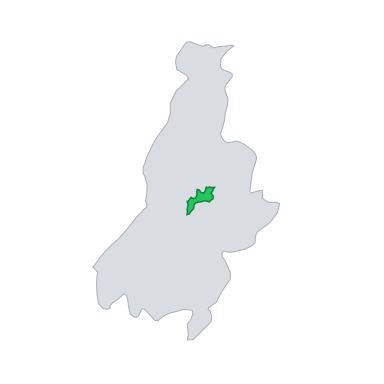 location of Litija within Slovenia, rotated 302°
{"feature_id": "SVN-961", "entity_name": "Litija", "entity_type": "Municipality", "adm_level": 1, "iso_a3": "SVN", "parent_name": "Slovenia", "parent_adm1": "", "projection": "natural_earth1", "projection_center": [14.944, 46.051], "detail": "fine", "context": "in_parent", "style": "filled", "palette": "green", "viewbox_px": 384, "rotation_deg": 302, "n_neighbors": 0, "source": "natural_earth", "source_scale": "10m", "svg_char_len": 2630}
<svg xmlns="http://www.w3.org/2000/svg" viewBox="0 0 384 384"><g transform="rotate(302 192 192)"><path d="M338.1,150.0L329.9,147.1L320.0,145.9L318.1,147.4L314.1,149.0L312.1,151.9L313.7,163.1L311.3,165.0L300.1,163.9L296.3,165.2L290.3,173.0L284.0,176.3L276.0,178.6L270.1,181.5L262.7,183.9L256.3,185.4L253.8,188.8L252.3,192.6L252.7,196.2L259.2,203.4L260.1,211.1L259.4,220.5L257.9,225.5L255.4,228.8L239.5,233.2L222.9,240.9L222.5,242.6L230.1,249.5L230.4,251.2L224.2,255.1L223.6,259.0L224.3,263.5L227.6,268.2L228.8,272.4L219.7,275.4L207.4,274.3L192.8,268.5L187.7,269.3L182.7,272.3L177.7,271.1L172.1,267.5L164.2,260.0L160.4,255.4L158.9,250.5L156.7,249.8L153.5,251.2L150.8,257.2L143.4,267.8L138.1,270.7L129.9,270.1L118.5,270.2L111.5,271.1L102.8,267.4L100.7,268.1L100.7,270.5L97.4,274.4L92.1,277.0L67.4,271.2L64.0,266.5L69.5,264.2L77.3,258.1L82.5,258.7L89.0,257.4L91.8,254.8L87.8,247.1L77.6,237.5L72.2,233.8L64.7,231.4L63.4,228.8L67.6,213.7L66.4,211.6L57.9,212.3L55.9,210.7L55.2,208.1L55.8,204.5L61.6,198.6L68.0,193.4L69.7,190.5L69.5,188.2L61.3,185.9L56.4,183.5L52.5,182.7L49.8,184.0L47.8,182.5L45.9,178.2L47.9,171.6L55.3,165.4L63.2,160.0L70.1,156.1L74.1,154.4L76.0,147.6L80.1,148.3L88.2,148.6L97.3,150.2L105.7,152.1L113.2,154.5L128.8,157.0L143.0,158.5L147.3,159.9L150.8,159.8L155.1,161.8L157.6,160.3L159.5,157.5L167.2,154.3L174.4,150.1L179.4,144.7L182.2,140.5L187.1,137.4L192.3,136.6L197.1,135.1L217.2,133.1L237.9,134.6L247.7,131.7L255.8,126.5L267.7,125.1L268.3,125.0L286.1,129.0L287.4,126.7L288.2,125.6L287.8,114.3L293.4,109.2L298.5,107.0L316.2,107.7L318.6,111.2L319.5,116.6L321.2,123.8L324.1,125.8L325.8,128.6L325.5,133.6L329.0,137.3L337.1,147.4L338.1,150.0Z" fill="#d9dde1" stroke="#a8b0b8" stroke-width="1"/><path d="M181.6,192.9L182.0,193.8L186.0,193.9L186.8,194.0L187.1,194.4L187.1,194.8L187.0,195.3L186.9,195.7L187.0,196.3L188.0,197.8L188.4,198.1L188.7,198.2L189.0,198.1L189.4,198.0L190.6,198.0L192.1,197.8L192.5,197.6L192.9,197.4L193.2,197.2L194.1,196.3L194.8,195.9L197.0,195.1L197.5,197.4L197.2,198.1L196.8,198.7L196.4,199.1L196.4,199.5L196.6,200.2L196.7,201.1L197.2,201.9L197.2,202.5L198.6,202.8L199.5,202.7L203.7,201.5L204.0,202.8L204.3,203.4L205.8,204.4L205.7,205.5L207.9,208.7L206.6,208.6L206.4,208.4L206.1,208.4L205.4,208.4L204.4,209.0L202.1,208.9L200.8,209.1L200.6,209.9L200.4,210.9L200.0,211.8L199.3,212.7L197.0,213.4L195.4,212.4L194.1,212.2L192.8,212.1L192.3,209.9L191.0,207.0L188.9,205.3L186.7,202.7L184.5,200.9L182.5,200.5L178.9,202.1L173.9,201.3L172.4,201.4L171.4,200.9L171.2,200.5L170.2,199.8L173.2,198.4L173.7,198.1L174.1,197.3L178.9,195.5L181.6,192.9Z" fill="#22c55e" stroke="#15803d" stroke-width="1.5"/></g></svg>